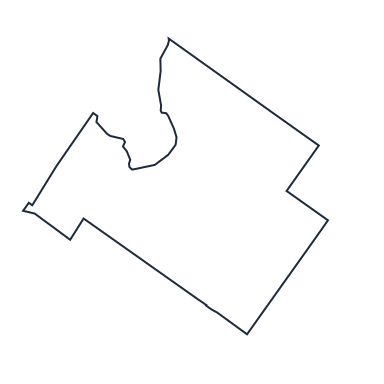 outline of Brown, Wisconsin, United States of America, rotated 305°
{"feature_id": "52423323B36008128098590", "entity_name": "Brown", "entity_type": "district", "adm_level": 2, "iso_a3": "USA", "parent_name": "United States of America", "parent_adm1": "Wisconsin", "projection": "natural_earth1", "projection_center": [-88.012, 44.46], "detail": "fine", "context": "isolated", "style": "outline", "palette": "slate", "viewbox_px": 384, "rotation_deg": 305, "n_neighbors": 0, "source": "geoboundaries", "source_scale": "gbopen_adm2", "svg_char_len": 813}
<svg xmlns="http://www.w3.org/2000/svg" viewBox="0 0 384 384"><g transform="rotate(305 192 192)"><path d="M304.3,84.9L302.8,86.3L298.5,87.9L283.1,89.6L273.0,97.0L256.4,105.8L245.1,117.1L240.7,119.7L239.6,121.6L241.6,125.4L241.8,125.7L240.7,128.8L233.5,140.9L228.0,147.9L223.2,150.5L221.2,151.5L208.9,151.2L192.9,146.0L179.2,133.2L176.0,130.1L176.5,126.6L178.9,124.2L183.0,122.9L187.9,115.3L189.7,109.3L194.5,108.5L196.0,105.3L191.1,93.1L190.9,89.2L194.5,73.6L199.9,71.0L200.0,65.7L135.3,66.1L90.9,68.7L89.5,68.7L89.6,64.5L84.2,64.5L79.7,64.4L84.1,75.5L83.0,119.6L108.1,118.4L107.6,231.8L107.5,257.5L107.6,268.6L107.1,268.6L107.0,271.7L107.0,275.6L107.7,281.5L107.0,318.7L175.6,319.2L230.4,319.6L246.8,319.6L247.1,268.9L302.8,269.2L303.1,218.4L304.3,84.9Z" fill="none" stroke="#1e293b" stroke-width="2"/></g></svg>